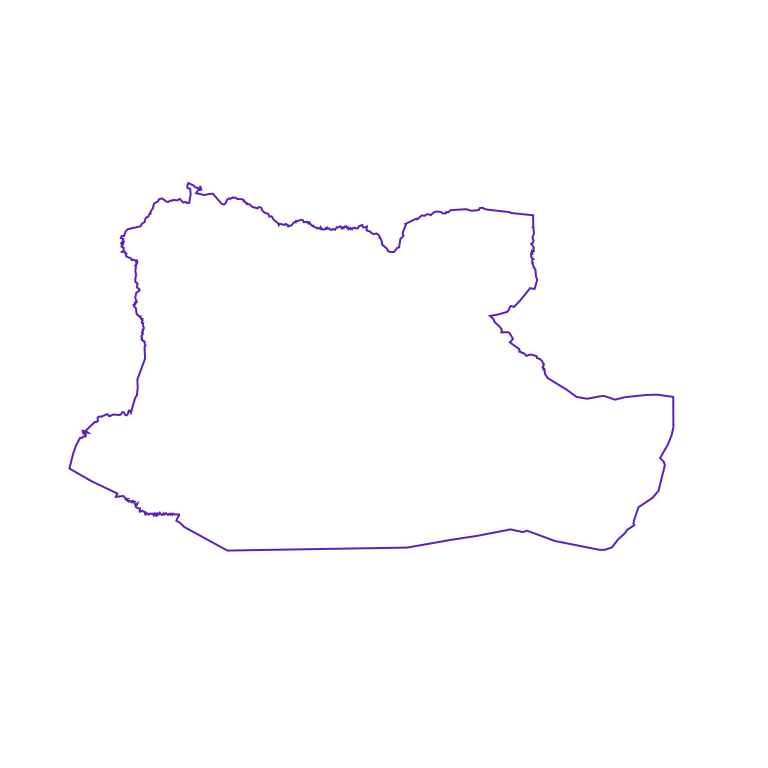 Nueva Ecija, Nueva Ecija, Philippines (Robinson projection), rotated 106°
{"feature_id": "2640588B46982966730152", "entity_name": "Nueva Ecija", "entity_type": "district", "adm_level": 2, "iso_a3": "PHL", "parent_name": "Philippines", "parent_adm1": "Nueva Ecija", "projection": "robinson", "projection_center": [120.823, 15.657], "detail": "fine", "context": "isolated", "style": "outline", "palette": "violet", "viewbox_px": 768, "rotation_deg": 106, "n_neighbors": 0, "source": "geoboundaries", "source_scale": "gbopen_adm2", "svg_char_len": 6134}
<svg xmlns="http://www.w3.org/2000/svg" viewBox="0 0 768 768"><g transform="rotate(106 384 384)"><path d="M587.3,488.7L534.9,316.8L515.4,276.8L504.2,252.4L488.9,222.3L488.1,209.6L485.6,206.3L487.8,176.3L484.0,131.1L482.7,126.4L478.3,119.9L468.7,116.1L461.1,111.3L457.2,110.1L450.6,104.5L449.2,105.8L446.2,106.1L432.3,105.4L419.3,94.4L411.0,90.7L384.9,91.6L381.9,93.4L379.1,98.2L363.7,94.4L353.7,93.4L345.8,93.9L316.7,102.4L318.8,117.8L322.0,128.2L330.3,148.9L335.4,157.6L334.8,168.7L335.7,171.8L342.2,184.7L343.3,195.4L339.3,206.4L333.2,228.1L329.9,232.1L326.0,233.5L326.2,234.2L325.4,234.3L325.5,235.1L324.7,235.9L324.3,235.4L323.4,236.1L321.6,235.6L320.5,236.1L320.4,236.8L318.4,238.3L317.0,241.1L316.8,244.1L315.1,245.1L315.2,251.1L317.8,255.2L316.7,256.3L315.8,258.6L316.1,259.9L315.3,261.3L315.7,262.8L313.2,263.5L309.3,274.5L305.1,272.4L300.1,277.7L300.1,279.3L302.0,285.4L299.5,285.7L297.4,288.0L294.1,294.5L291.3,296.8L289.3,300.9L286.5,294.8L280.9,285.7L278.5,284.4L275.2,284.2L274.1,283.5L274.0,280.2L266.0,276.0L251.6,270.0L251.2,265.5L241.8,265.4L238.6,267.6L232.7,269.8L230.9,271.5L230.9,272.2L229.6,272.5L227.3,274.7L226.4,274.4L225.6,275.3L223.5,275.7L222.9,274.9L221.1,277.7L218.7,278.3L218.3,277.6L217.7,278.6L217.0,278.6L217.1,277.8L215.3,278.4L215.4,276.8L214.5,276.6L213.5,277.6L211.5,277.6L208.6,281.1L207.7,279.9L204.8,279.8L202.3,281.7L198.2,281.3L192.7,283.3L192.3,284.2L191.6,283.9L180.7,287.2L184.6,308.9L184.1,310.4L187.8,332.1L188.0,336.5L187.4,337.3L188.5,340.5L190.7,340.9L193.4,347.7L193.3,353.2L198.6,368.0L201.1,369.4L201.8,371.8L202.8,371.6L203.6,373.2L203.8,374.4L202.9,376.7L203.8,381.4L205.4,383.5L208.9,385.7L208.6,388.3L209.1,389.7L211.4,391.7L211.2,393.2L211.7,394.3L216.5,397.4L216.8,398.1L216.3,398.7L224.3,407.6L224.8,406.9L233.9,407.7L236.1,406.1L240.1,408.2L248.5,407.2L249.6,408.9L254.5,410.8L255.2,414.0L255.3,416.4L252.9,418.8L250.5,424.4L248.6,424.8L245.9,426.7L244.7,427.7L244.7,428.7L243.0,429.1L241.7,431.4L241.4,433.0L242.7,434.8L242.3,438.1L241.3,439.1L241.1,443.2L237.4,443.9L238.5,444.9L239.2,447.2L237.1,448.8L239.6,451.8L241.4,451.9L242.2,453.8L241.8,455.5L242.2,456.5L244.5,457.3L243.9,457.4L243.4,458.9L244.3,458.9L243.9,459.8L244.9,460.7L244.2,460.9L244.3,461.7L243.5,461.8L243.9,462.7L242.7,463.6L243.4,464.8L243.9,464.0L243.8,465.1L245.0,465.6L244.8,466.9L245.3,467.1L245.7,466.4L246.2,467.1L244.5,469.4L246.4,471.9L246.4,472.7L249.3,473.6L249.0,475.8L250.4,476.9L250.2,478.8L249.5,479.7L250.4,481.1L249.3,481.8L250.4,483.2L251.2,482.9L252.3,484.7L251.9,486.0L252.4,486.4L251.0,487.9L252.2,487.8L251.8,488.7L252.4,488.9L252.2,490.3L252.9,491.3L252.4,491.8L252.3,494.2L251.3,495.6L252.0,496.2L250.1,499.4L250.6,500.4L249.9,501.0L249.1,500.6L249.2,501.8L250.0,502.3L249.5,503.2L250.6,505.7L249.0,507.1L249.1,509.2L251.3,512.2L251.6,513.6L252.9,513.3L253.5,515.2L256.5,516.4L258.7,518.8L258.8,520.0L257.8,520.1L257.2,522.7L258.5,523.4L258.7,528.3L260.3,528.8L258.9,529.9L256.5,535.2L253.8,538.3L254.7,540.4L252.5,541.9L252.0,546.6L251.0,548.6L248.7,550.2L248.2,551.8L248.7,553.3L250.0,554.0L250.1,559.3L248.3,562.7L248.9,565.5L248.0,565.6L247.9,567.0L246.6,568.7L246.9,569.3L246.0,569.4L245.4,571.3L246.6,575.8L245.8,578.7L246.7,580.0L246.4,581.0L248.5,582.8L248.3,584.0L250.0,585.6L254.2,586.2L255.6,587.5L255.6,589.6L248.3,600.9L249.6,604.7L251.9,608.7L252.3,617.2L249.0,616.2L247.6,613.2L244.1,615.4L245.7,614.6L247.0,616.2L246.8,620.1L245.7,621.5L244.8,627.5L248.3,627.7L249.7,626.9L249.9,624.0L255.2,622.1L263.6,621.2L264.4,623.0L263.6,624.8L264.9,627.1L262.3,631.4L264.4,633.3L265.2,637.5L266.4,638.4L266.6,639.9L268.5,641.6L268.7,643.1L266.8,648.4L268.4,651.2L270.6,651.5L274.0,654.9L278.6,654.6L282.9,656.0L284.4,655.2L285.3,656.5L288.1,656.7L289.4,658.4L291.2,659.0L294.1,658.7L296.7,660.9L299.5,661.4L306.0,673.2L308.4,674.4L313.4,674.8L314.0,676.9L316.2,677.3L316.4,674.5L318.5,674.7L318.8,673.3L320.8,673.4L320.2,674.5L321.2,675.5L322.8,673.7L324.2,674.3L325.1,671.5L327.3,671.4L328.1,670.5L329.9,673.4L328.2,670.1L328.9,668.7L329.6,668.9L330.1,667.3L331.7,667.6L332.5,666.7L332.9,662.2L334.4,660.7L333.7,660.2L333.8,656.3L333.3,655.9L334.2,655.1L333.9,654.1L334.8,655.0L335.9,654.8L335.9,655.5L337.0,654.9L338.5,655.6L338.4,655.1L344.5,654.0L346.8,652.6L353.1,651.7L354.6,650.9L355.1,648.8L359.1,648.1L360.6,645.0L361.6,644.8L364.5,647.2L369.6,647.0L373.2,644.3L373.5,645.2L374.4,645.1L374.2,645.6L374.9,646.0L375.7,645.1L376.5,645.4L377.0,646.5L378.5,645.4L379.5,643.4L384.7,641.2L386.3,638.4L386.2,636.8L386.8,637.0L387.3,635.9L388.4,635.4L388.1,634.1L389.0,634.1L389.4,633.5L391.0,634.0L392.0,633.5L392.0,632.2L393.7,632.2L396.2,630.3L398.2,630.3L398.4,631.0L399.9,630.3L400.7,630.9L401.6,630.7L401.9,629.6L405.1,630.4L406.3,629.2L407.7,629.5L408.4,628.9L408.3,628.0L409.1,627.5L409.1,625.8L411.1,625.3L412.8,623.8L414.4,624.4L425.5,620.7L447.7,622.3L455.5,619.7L463.0,618.4L466.3,619.4L481.4,619.3L479.6,621.1L480.0,622.0L483.4,621.9L485.1,622.8L485.0,624.2L483.0,626.2L483.0,627.7L486.1,628.8L486.7,629.8L488.0,635.9L490.7,638.9L490.4,640.0L489.5,640.5L489.5,642.1L493.2,646.6L494.0,649.2L495.4,650.0L498.6,648.8L500.1,650.4L500.1,651.5L511.4,658.0L512.5,654.9L513.2,658.9L511.8,660.0L512.0,660.8L514.1,659.8L515.3,656.4L516.7,656.4L517.4,658.7L519.3,659.6L519.4,661.3L528.3,663.1L536.6,663.6L552.0,663.1L558.1,638.2L562.8,610.1L566.4,610.6L563.5,603.7L565.4,600.6L565.2,599.1L566.3,600.1L566.9,598.7L566.5,597.2L567.2,597.0L566.4,596.0L567.1,594.4L565.5,593.3L565.7,592.5L566.8,592.8L566.1,591.2L566.9,591.4L568.7,589.6L566.7,588.1L568.0,588.1L569.6,589.3L570.4,588.9L571.3,586.6L570.8,584.2L573.6,583.9L574.1,583.3L572.4,581.5L573.0,580.2L572.8,578.4L574.9,577.9L575.3,577.2L573.5,576.3L574.5,574.3L572.9,573.1L573.0,571.5L572.3,570.5L573.9,569.1L571.6,568.6L571.7,567.9L573.3,567.2L573.4,566.3L572.8,565.8L571.8,567.1L571.1,567.0L570.7,565.9L571.3,564.5L569.6,564.0L570.7,562.9L571.1,561.2L569.0,560.2L570.1,559.2L568.3,557.8L569.3,555.6L568.1,554.9L568.5,553.4L567.4,553.1L568.2,551.5L566.8,551.0L567.1,549.1L565.9,545.1L566.8,544.6L570.2,545.8L572.7,545.9L573.5,542.1L576.5,536.6L587.3,488.7Z" fill="none" stroke="#5b21b6" stroke-width="2"/></g></svg>